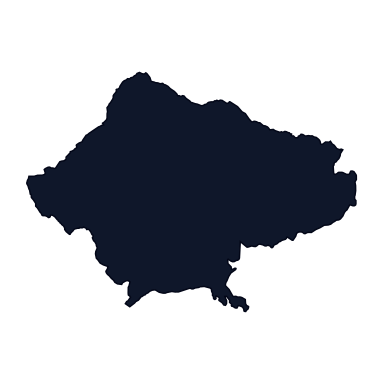 Liberia, Guanacaste, Costa Rica, rotated 268°
{"feature_id": "36466004B57161008538161", "entity_name": "Liberia", "entity_type": "district", "adm_level": 2, "iso_a3": "CRI", "parent_name": "Costa Rica", "parent_adm1": "Guanacaste", "projection": "albers", "projection_center": [-85.52, 10.692], "detail": "fine", "context": "isolated", "style": "filled", "palette": "ink", "viewbox_px": 384, "rotation_deg": 268, "n_neighbors": 0, "source": "geoboundaries", "source_scale": "gbopen_adm2", "svg_char_len": 5964}
<svg xmlns="http://www.w3.org/2000/svg" viewBox="0 0 384 384"><g transform="rotate(268 192 192)"><path d="M219.6,45.1L216.0,46.1L214.6,45.2L214.0,42.8L214.1,38.3L213.2,34.9L213.4,29.6L211.0,29.0L209.4,28.0L206.8,27.2L205.9,27.3L204.0,28.3L200.6,29.2L199.4,29.8L195.5,30.3L195.1,31.2L192.1,31.3L189.7,33.2L186.1,35.4L183.3,35.3L181.4,37.0L176.9,39.6L176.2,40.4L173.9,41.4L173.6,42.1L173.5,44.4L172.6,46.4L171.5,47.6L171.7,48.9L172.6,49.5L173.7,49.6L173.9,50.1L173.6,51.9L172.0,54.1L169.0,56.4L168.6,57.1L167.8,57.3L166.3,59.0L165.7,59.1L165.2,60.0L164.1,60.6L162.5,62.5L160.5,63.5L158.9,63.5L156.8,64.9L154.0,68.0L154.0,68.7L154.9,68.9L155.8,70.2L156.7,70.7L157.2,71.6L158.1,72.2L159.1,73.2L159.8,76.4L159.7,77.9L160.5,78.4L160.1,79.4L160.1,81.6L160.8,82.3L159.5,84.9L158.2,85.4L158.3,87.4L157.9,87.9L155.5,89.5L152.9,90.6L152.1,91.6L151.0,91.7L150.0,90.9L149.2,91.0L146.7,92.0L145.7,93.1L143.3,94.4L141.5,94.6L139.8,95.3L139.2,95.3L135.9,93.8L133.6,93.4L129.2,94.1L127.2,95.8L124.2,97.7L122.3,100.8L120.5,105.4L118.0,104.7L115.8,103.2L114.4,103.5L112.6,104.7L111.1,106.4L108.5,108.4L106.6,110.5L104.4,111.8L102.8,114.3L102.1,118.5L103.7,119.4L105.5,122.8L105.7,125.1L104.3,126.9L100.4,125.8L99.0,125.0L93.3,124.7L91.3,124.8L90.1,126.2L89.0,126.9L85.4,124.2L84.8,122.9L82.7,121.5L79.5,125.8L83.1,130.8L84.4,131.9L85.8,134.7L89.1,137.5L89.3,138.4L90.6,140.3L90.9,141.6L91.9,142.4L92.9,144.7L94.2,146.1L95.3,148.9L95.5,151.8L93.0,155.7L92.0,159.3L91.9,161.8L92.5,163.6L93.3,168.4L92.7,171.6L92.6,174.9L95.8,185.9L95.9,187.2L95.3,187.9L95.1,189.6L96.0,191.8L96.4,195.5L97.0,196.6L97.2,201.0L95.5,206.6L94.6,207.9L92.0,208.2L89.6,209.1L88.2,208.8L86.7,209.7L84.7,209.9L83.9,210.7L83.9,211.4L84.6,212.2L85.3,212.3L85.8,212.0L86.6,212.0L87.3,212.6L85.9,215.1L84.9,215.7L83.0,215.1L82.5,215.4L80.3,218.3L78.0,219.8L77.6,221.5L79.2,222.6L82.1,222.8L86.5,221.1L86.5,222.9L82.4,225.9L80.3,225.7L78.5,227.7L77.2,227.4L76.5,227.7L76.0,229.5L75.1,230.3L74.5,231.8L74.5,232.9L76.8,234.2L76.8,235.0L76.0,237.2L75.2,238.5L74.3,239.1L72.9,239.7L71.3,239.8L70.9,240.3L70.7,241.5L72.2,242.6L72.9,243.7L74.3,244.4L75.6,244.5L76.6,242.7L77.7,242.0L78.8,241.6L82.7,241.5L84.7,238.3L85.2,237.0L85.4,235.6L85.3,233.8L85.8,233.3L86.2,232.1L86.1,230.0L86.4,229.2L93.3,225.6L96.9,222.4L97.9,222.1L100.2,222.6L102.1,223.8L106.3,225.7L109.7,228.0L112.9,232.8L113.8,233.3L114.2,233.1L114.3,232.1L113.6,230.8L113.2,228.6L115.8,228.5L119.2,225.4L123.3,225.3L123.6,225.8L121.6,228.5L120.9,230.2L121.0,231.9L122.0,233.7L122.3,235.4L123.0,236.5L124.3,237.1L140.8,238.5L135.0,245.0L135.0,246.0L136.0,249.9L135.4,252.0L135.3,253.7L136.1,255.1L137.1,256.1L137.6,257.9L136.7,261.0L135.6,263.0L135.5,264.2L136.0,265.4L136.0,266.6L135.1,268.4L134.1,268.9L133.6,269.6L133.6,270.2L134.4,271.2L135.9,271.9L136.3,272.5L137.3,275.1L139.2,277.3L139.5,278.6L140.5,280.0L141.5,283.7L142.3,284.6L143.5,285.1L143.5,285.9L140.3,290.4L140.3,291.3L144.2,294.1L147.1,295.1L148.3,297.2L148.3,299.5L148.0,300.9L146.5,302.7L146.5,303.8L147.4,305.5L147.6,307.2L147.4,309.9L150.2,314.5L151.8,318.6L154.2,323.0L154.3,326.9L155.0,329.5L156.9,332.0L157.6,333.5L158.8,335.2L159.0,337.7L159.9,339.4L162.7,341.9L166.2,343.6L167.9,345.0L168.7,346.2L173.5,349.1L173.5,350.0L172.6,352.4L172.6,353.9L173.3,355.0L174.5,355.4L177.8,355.5L179.0,354.4L181.7,354.3L183.0,354.8L187.5,355.6L192.7,355.7L196.4,355.2L198.7,356.7L202.6,356.8L203.6,356.5L206.7,354.5L207.4,352.7L207.2,351.3L204.5,350.0L204.1,348.8L204.3,346.9L206.2,343.3L206.4,342.4L206.5,339.3L206.2,338.6L205.2,337.5L204.6,335.7L204.7,335.1L205.3,334.5L206.3,334.2L212.9,334.0L214.0,334.8L215.7,335.0L216.5,335.6L217.2,337.1L218.6,338.1L220.2,339.9L223.0,341.3L225.3,341.7L228.9,344.2L229.6,342.9L229.5,342.6L229.0,342.5L229.5,342.2L229.5,341.7L229.1,341.5L229.2,340.8L230.3,338.2L233.7,335.8L235.1,333.8L237.9,332.1L237.0,330.8L237.3,327.2L235.4,324.5L235.1,323.9L235.1,322.8L235.7,322.2L238.0,321.8L239.3,321.2L240.5,320.1L242.2,318.1L242.8,315.8L243.9,314.2L243.9,312.4L244.3,310.2L243.9,307.3L245.6,304.7L245.9,303.0L244.6,301.8L244.1,300.3L242.7,299.7L242.5,297.7L242.8,296.9L244.5,295.4L244.5,294.3L244.9,293.1L245.6,293.0L246.0,293.5L246.5,293.5L246.7,292.2L247.8,291.3L248.0,290.2L249.0,288.3L249.3,286.9L248.6,285.2L248.6,284.3L249.1,283.3L248.7,282.6L248.7,281.6L250.4,277.2L251.7,275.4L251.4,272.0L253.7,270.4L254.5,269.5L255.5,267.5L255.8,265.6L258.8,262.3L259.0,260.5L259.9,259.1L260.5,257.1L260.4,256.0L260.0,255.5L260.0,254.3L260.4,253.7L263.2,251.4L268.5,248.0L270.4,244.8L275.7,240.5L280.8,233.1L280.8,232.5L280.1,232.1L279.5,231.1L279.4,229.7L282.5,225.3L282.8,223.4L282.0,221.8L282.8,220.0L282.2,218.8L282.3,217.7L281.3,216.6L281.4,214.2L281.1,212.0L280.4,210.7L279.3,209.7L278.9,207.4L278.1,206.5L277.9,204.3L279.6,200.4L280.1,198.2L281.4,194.9L281.5,194.1L283.0,193.0L285.7,189.4L288.3,187.3L288.6,185.6L287.9,184.9L287.8,184.4L288.7,182.5L288.7,181.0L290.6,180.2L293.1,177.9L296.1,173.8L298.4,171.7L299.9,169.3L300.3,167.8L301.6,166.5L301.3,163.9L302.2,161.8L302.5,159.4L303.1,158.2L303.9,155.3L304.4,154.9L307.9,153.9L311.7,151.2L312.7,150.0L311.8,148.8L311.6,147.8L312.0,146.1L313.3,143.7L312.4,141.2L310.7,140.0L310.1,138.4L308.8,137.1L308.3,134.8L307.2,133.7L307.5,131.6L306.2,130.0L305.5,128.0L304.7,127.3L304.4,126.6L300.2,123.7L298.9,123.3L298.2,122.7L297.4,121.6L297.3,120.3L296.9,119.8L294.8,120.1L294.5,119.3L293.6,118.8L292.2,117.4L290.8,116.6L289.0,116.6L287.6,116.0L284.2,113.7L282.8,112.3L281.4,111.8L279.2,110.0L275.1,110.4L273.2,109.9L268.7,109.7L267.1,109.0L264.6,106.3L263.9,105.0L263.6,105.0L262.9,105.8L262.0,106.0L261.8,104.3L260.5,101.7L260.4,101.0L254.1,91.0L252.9,89.6L252.4,88.2L247.8,84.8L245.9,83.8L244.9,80.9L243.4,78.5L242.8,78.0L241.0,78.4L240.1,78.1L239.1,76.3L238.0,75.4L237.1,73.7L236.6,71.8L235.4,71.6L231.3,67.4L229.2,67.3L228.8,66.9L227.6,65.1L227.4,62.9L226.9,61.0L220.5,56.4L220.3,55.2L220.8,53.9L220.9,52.1L221.8,50.7L221.8,49.1L220.5,46.2L219.6,45.1Z" fill="#0f172a" stroke="#020617" stroke-width="1.5"/></g></svg>